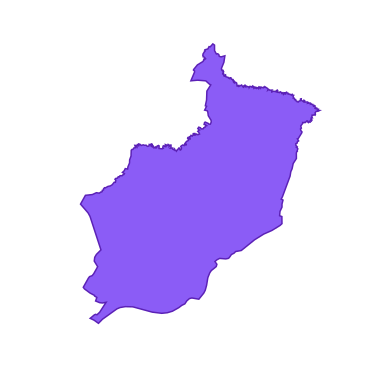 outline of Benchalak, Si Sa Ket, Thailand, rotated 103°
{"feature_id": "78962969B60458593570570", "entity_name": "Benchalak", "entity_type": "district", "adm_level": 2, "iso_a3": "THA", "parent_name": "Thailand", "parent_adm1": "Si Sa Ket", "projection": "robinson", "projection_center": [104.649, 14.787], "detail": "fine", "context": "isolated", "style": "filled", "palette": "violet", "viewbox_px": 384, "rotation_deg": 103, "n_neighbors": 0, "source": "geoboundaries", "source_scale": "gbopen_adm2", "svg_char_len": 5872}
<svg xmlns="http://www.w3.org/2000/svg" viewBox="0 0 384 384"><g transform="rotate(103 192 192)"><path d="M294.9,161.2L287.9,157.8L284.8,157.0L279.6,156.8L271.9,157.3L266.7,156.5L264.2,155.5L259.2,151.6L256.8,151.5L254.6,154.0L252.5,152.5L250.5,150.2L249.6,144.1L248.6,141.8L247.7,141.0L244.0,139.5L242.2,137.3L240.2,136.1L237.9,130.8L224.5,120.3L216.9,112.7L211.5,105.5L204.8,98.7L202.6,97.2L195.7,98.9L195.4,101.3L191.2,101.9L186.5,100.9L183.5,101.6L179.4,101.5L178.9,103.5L176.3,102.8L154.5,100.0L150.0,100.3L146.9,99.7L141.5,99.8L135.9,97.8L130.5,99.1L129.2,99.0L128.6,98.5L128.0,98.8L126.1,98.6L125.2,99.7L124.6,99.6L124.7,100.4L123.9,100.2L123.3,101.2L121.5,101.7L120.6,100.5L119.4,100.7L118.2,99.6L116.5,101.3L116.0,100.5L109.5,98.3L108.6,98.4L107.8,99.6L106.2,100.5L105.2,99.8L103.2,100.9L100.1,99.5L99.4,99.8L99.1,98.1L98.2,97.3L98.9,97.5L98.8,97.1L96.9,96.1L96.8,95.3L98.0,94.7L98.2,94.1L97.5,93.8L97.3,92.7L96.7,93.1L95.9,92.8L96.0,91.9L95.4,92.2L94.9,91.3L94.3,91.8L94.4,92.4L93.0,92.5L92.7,91.4L91.6,92.2L90.0,92.2L90.1,91.4L89.2,90.4L89.5,89.4L88.5,89.2L87.1,89.9L85.5,89.1L85.0,87.4L83.9,86.1L84.1,87.9L82.9,87.5L82.9,88.7L82.4,89.1L83.0,89.5L82.8,90.9L81.8,90.5L81.2,91.3L81.2,92.2L80.3,91.7L80.1,92.2L80.6,93.3L79.5,93.9L79.7,95.3L79.2,95.8L79.6,96.3L78.9,96.3L78.7,96.8L79.5,99.1L78.7,98.7L78.3,99.7L79.0,102.5L77.7,102.7L77.4,103.6L78.9,103.8L77.9,106.3L76.6,106.5L76.9,107.2L78.7,107.0L79.3,108.1L80.4,108.7L80.4,109.9L79.9,110.2L79.9,110.9L79.2,111.7L78.0,111.9L78.9,112.2L78.9,112.8L77.6,113.5L77.7,114.4L77.3,114.3L76.2,115.0L75.0,114.7L75.1,115.4L74.3,116.1L75.2,116.9L74.7,117.3L75.0,118.2L74.6,118.8L75.0,120.3L74.1,120.6L74.0,122.0L73.5,122.3L74.1,123.0L75.5,122.9L75.5,123.3L74.4,123.9L74.6,124.6L75.0,124.7L75.1,124.1L76.4,124.9L74.9,125.9L75.7,126.7L75.0,127.1L74.5,128.4L75.4,129.0L75.1,129.6L75.6,130.4L75.5,131.8L74.1,131.2L73.5,131.7L74.1,132.5L75.1,132.3L74.8,132.9L75.4,133.3L75.4,135.1L76.6,136.8L75.5,137.2L74.7,136.9L75.3,139.2L74.8,140.2L75.7,141.0L74.8,140.9L74.1,141.6L73.0,144.7L73.7,144.7L73.6,145.7L74.5,146.1L74.2,148.4L75.7,148.5L75.4,149.5L74.7,149.5L74.4,150.4L75.1,150.8L76.1,150.6L75.7,151.2L76.6,152.3L76.5,152.9L75.7,152.4L75.6,153.7L77.1,155.0L76.2,155.5L75.6,155.1L75.1,156.6L76.1,156.5L75.9,157.2L76.3,157.4L75.9,158.5L76.4,159.4L77.2,159.7L76.5,159.9L77.0,160.5L76.5,163.4L75.9,164.4L76.7,164.9L77.4,164.1L77.2,165.5L78.3,165.4L78.0,166.3L76.6,167.7L78.7,170.2L78.6,170.6L78.1,170.2L77.6,170.4L78.5,171.9L75.8,173.0L75.4,173.8L75.7,174.4L75.0,175.1L76.1,175.4L75.3,176.5L74.3,176.3L73.9,177.4L73.2,177.3L73.2,179.0L71.9,179.8L72.1,180.7L73.0,180.9L72.7,182.2L72.2,182.5L72.1,184.9L71.0,185.4L71.7,185.9L71.9,186.7L71.5,187.0L71.0,185.9L70.4,185.9L70.9,186.8L70.0,188.7L69.5,188.7L69.3,188.0L68.5,188.5L67.7,188.2L66.4,189.2L66.4,189.6L67.0,189.1L67.2,189.4L66.4,190.6L64.8,191.1L58.4,190.1L51.9,190.6L53.8,194.1L53.7,195.9L52.1,196.8L51.5,198.0L52.0,199.3L49.2,201.8L43.8,203.1L43.0,205.0L46.4,206.9L46.5,208.1L49.0,208.7L50.5,211.4L51.7,211.0L51.9,211.5L52.5,211.4L54.9,212.3L56.5,212.2L57.2,211.5L57.7,211.6L57.9,210.3L58.4,209.7L59.3,210.0L58.8,209.0L59.1,208.7L60.8,210.2L62.4,210.7L66.9,215.3L72.3,218.0L72.9,218.0L73.4,216.8L74.6,216.5L83.9,218.1L81.8,211.7L80.6,203.6L83.0,199.3L83.4,197.8L90.3,200.2L99.2,198.5L105.0,198.4L105.2,197.1L109.4,198.1L109.4,195.5L110.3,194.7L114.0,193.3L117.8,189.6L119.5,189.0L121.8,189.4L122.1,190.6L121.5,191.6L120.9,194.9L121.5,195.4L123.4,195.4L123.3,194.5L124.1,192.7L124.9,193.9L126.1,193.9L126.7,195.0L127.9,195.3L128.5,197.3L127.5,198.2L127.3,200.0L128.9,200.6L130.0,198.8L130.4,199.5L131.0,199.4L131.6,200.0L132.4,198.8L133.8,197.7L134.9,199.2L134.5,200.6L135.5,201.2L134.3,202.3L134.8,203.9L135.2,204.0L135.7,202.6L136.1,202.6L136.2,203.7L137.5,204.4L137.0,205.7L138.1,206.0L138.9,207.2L139.5,207.1L139.9,206.0L140.5,205.8L140.0,208.3L140.6,208.4L141.2,207.9L141.2,206.7L142.8,207.3L143.9,208.7L146.3,209.8L146.8,208.3L147.3,208.2L147.6,208.6L147.4,209.9L148.5,210.2L148.2,211.5L149.4,212.8L150.3,213.2L151.1,212.3L152.4,212.0L153.7,212.6L153.6,213.2L152.1,214.0L152.0,214.6L155.7,216.4L155.0,216.9L155.3,217.9L154.0,218.7L154.9,219.1L154.6,220.4L153.5,220.6L154.2,222.9L153.2,222.5L151.0,223.0L151.2,223.8L152.7,224.5L151.5,224.8L151.0,226.0L152.1,226.2L151.8,228.4L153.2,227.5L153.7,227.6L153.8,229.0L153.1,229.6L153.7,230.5L155.2,230.5L155.9,229.8L156.6,230.8L157.0,233.9L154.5,234.4L154.2,235.1L155.1,236.3L156.9,236.5L157.2,237.1L156.3,237.6L157.6,238.9L156.1,239.9L157.0,240.7L156.4,242.1L155.4,241.1L154.5,241.4L154.2,242.2L154.3,242.6L155.3,242.8L155.3,244.4L156.8,244.3L157.5,245.3L157.4,246.1L156.7,247.2L157.2,249.0L157.0,250.1L158.1,252.0L157.3,253.2L157.1,254.8L157.6,255.0L159.3,253.8L158.2,256.0L158.9,256.2L160.4,255.8L159.3,257.6L159.4,258.2L161.5,256.9L162.1,258.5L163.8,259.2L164.1,260.1L165.0,260.6L170.7,259.5L174.7,260.0L177.8,259.4L181.9,260.1L184.1,259.9L184.2,262.3L186.5,262.8L188.6,264.2L189.3,262.0L190.4,262.4L190.8,263.2L191.9,263.8L192.1,265.2L192.6,266.0L193.6,266.2L193.7,267.3L195.2,267.7L196.1,269.6L197.0,269.9L197.6,268.9L199.8,268.8L200.0,270.0L202.9,271.4L204.4,272.9L205.5,275.2L207.5,277.4L207.5,278.2L208.8,278.9L209.9,278.7L210.6,279.8L211.6,279.6L212.3,280.0L212.4,280.7L214.0,282.1L214.2,285.0L216.9,288.5L219.2,295.1L228.9,297.9L235.7,288.6L238.7,285.9L268.9,267.7L274.3,271.1L277.5,272.1L281.3,271.7L286.0,267.1L293.8,269.4L296.0,270.5L297.5,272.8L299.3,273.6L309.3,276.5L310.6,275.0L313.4,268.6L314.7,263.7L315.3,263.5L316.1,261.0L319.9,261.4L320.6,257.1L320.3,254.3L318.8,250.9L329.9,254.9L333.0,257.0L332.9,258.5L333.8,259.6L338.0,262.8L338.9,258.7L341.0,253.6L336.1,250.6L322.8,238.9L320.8,236.2L318.7,231.2L317.2,223.8L318.0,203.7L317.0,194.2L315.2,188.9L312.6,184.3L307.7,178.9L304.7,176.4L302.6,173.8L299.3,172.6L296.4,170.5L295.3,168.3L294.9,161.2Z" fill="#8b5cf6" stroke="#5b21b6" stroke-width="1.5"/></g></svg>